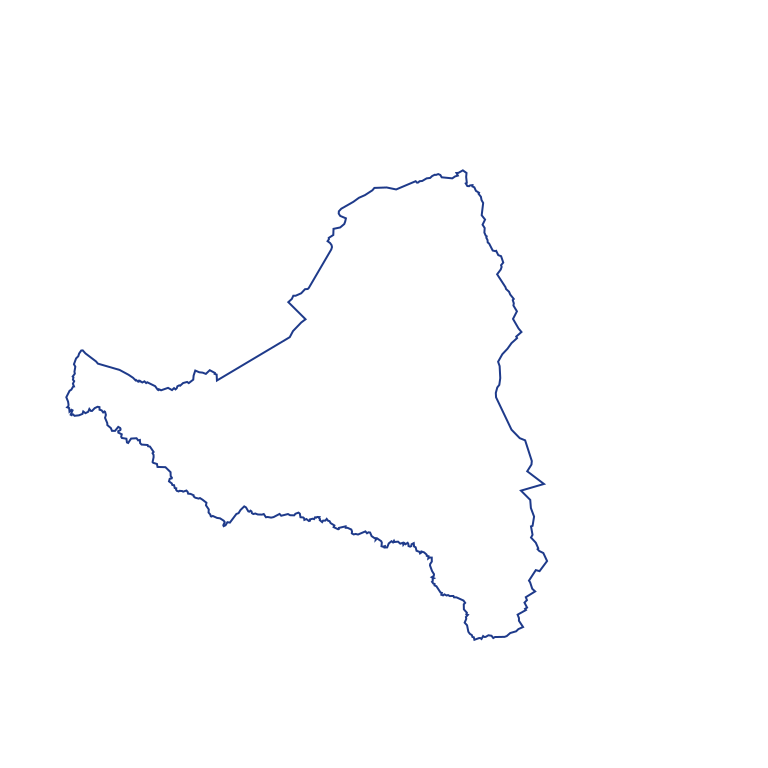 Pueai Noi, Khon Kaen, Thailand, rotated 128°
{"feature_id": "78962969B8052228194876", "entity_name": "Pueai Noi", "entity_type": "district", "adm_level": 2, "iso_a3": "THA", "parent_name": "Thailand", "parent_adm1": "Khon Kaen", "projection": "mercator", "projection_center": [102.886, 15.893], "detail": "fine", "context": "isolated", "style": "outline", "palette": "blue", "viewbox_px": 768, "rotation_deg": 128, "n_neighbors": 0, "source": "geoboundaries", "source_scale": "gbopen_adm2", "svg_char_len": 6166}
<svg xmlns="http://www.w3.org/2000/svg" viewBox="0 0 768 768"><g transform="rotate(128 384 384)"><path d="M175.2,430.5L173.4,433.9L173.9,436.0L172.8,436.7L174.6,438.5L175.7,438.7L176.7,440.2L175.6,443.1L174.5,442.6L170.3,446.7L166.9,448.9L167.1,453.4L171.9,455.4L173.1,456.8L174.3,454.1L176.7,455.8L179.9,456.8L185.6,465.8L184.6,468.3L185.2,470.5L187.3,471.8L187.8,472.8L190.5,474.1L193.2,474.5L195.7,477.0L200.5,478.9L202.3,480.8L204.1,481.1L205.0,481.9L204.7,483.9L223.2,494.2L227.5,502.9L235.4,512.3L238.5,512.4L246.9,515.3L252.7,518.4L259.3,520.3L272.2,525.6L275.7,525.9L277.6,524.6L278.5,522.0L276.9,516.0L279.9,514.6L282.4,513.8L287.6,514.9L292.8,519.3L297.8,515.7L302.9,517.5L303.9,516.5L306.2,516.4L306.1,513.3L306.8,510.9L308.1,509.3L310.4,508.4L354.6,502.4L356.1,502.6L357.9,504.6L363.5,505.1L368.9,508.0L370.3,509.8L373.7,509.0L378.4,509.8L381.3,485.7L386.5,487.1L398.3,488.3L405.1,487.1L484.1,517.8L479.6,521.7L480.3,523.7L479.4,524.1L480.4,529.8L485.7,530.6L486.7,533.9L488.5,536.8L489.6,541.0L494.6,539.2L498.0,537.0L503.5,538.4L503.6,540.4L506.9,542.9L510.9,543.6L511.1,544.5L513.0,545.4L515.0,544.7L516.6,545.0L516.5,546.9L519.3,547.3L520.0,551.8L526.2,555.8L526.5,557.5L527.4,557.8L527.1,558.6L527.8,558.9L526.6,563.0L528.4,571.6L529.7,572.0L529.4,574.4L531.6,575.4L531.8,578.2L532.3,578.1L532.4,579.2L533.5,579.2L533.5,581.9L534.1,582.0L533.6,585.5L534.0,591.0L535.7,601.0L544.1,622.0L543.5,624.8L543.7,638.1L543.0,642.1L544.0,643.2L547.7,643.0L550.4,642.0L553.4,642.4L559.3,640.5L560.4,637.9L564.9,635.5L566.2,634.0L569.8,633.9L570.0,632.8L572.1,631.8L572.5,629.9L575.3,629.3L576.8,626.8L577.4,627.4L581.0,626.9L582.9,627.6L590.0,626.2L592.4,622.1L594.5,619.9L595.7,619.1L597.4,619.3L596.8,617.3L599.4,614.8L596.7,614.4L596.5,613.2L601.1,612.0L600.9,611.0L599.9,611.2L599.4,610.4L599.6,608.3L596.5,605.1L593.2,603.2L590.8,604.1L590.8,601.3L588.0,600.0L585.1,600.8L585.7,598.5L585.0,597.5L581.1,597.1L578.3,595.7L577.4,594.0L579.4,592.3L578.6,590.3L579.3,587.8L577.7,587.4L577.7,586.6L579.6,584.1L582.4,583.0L585.2,578.0L586.7,576.7L586.9,572.1L588.4,569.5L586.5,567.1L581.4,567.0L581.1,564.8L581.7,563.8L582.7,563.4L584.8,564.4L585.9,563.4L585.1,559.7L587.4,558.6L587.9,557.3L585.7,553.3L588.3,550.6L588.0,549.3L582.7,549.7L579.1,545.6L579.8,543.0L578.4,541.9L580.7,539.8L581.0,537.8L577.6,532.7L578.3,531.6L577.4,529.9L579.4,523.7L581.0,523.8L581.7,522.0L583.5,520.5L588.0,518.3L588.2,517.3L586.8,513.7L588.8,511.4L584.1,505.0L584.9,497.9L587.8,495.5L588.5,493.4L589.1,493.2L590.6,494.5L593.1,493.5L593.0,490.0L593.9,488.6L593.0,487.1L594.8,484.9L594.1,483.5L595.3,482.8L595.7,481.4L595.1,479.7L594.1,479.4L592.6,477.1L592.5,476.0L589.6,474.1L589.9,472.3L591.0,470.8L589.7,468.8L588.9,465.5L589.8,464.7L589.8,462.7L588.4,459.5L587.2,458.8L586.9,455.8L586.9,450.8L589.2,449.6L590.7,444.9L593.3,443.1L593.8,440.5L594.8,439.2L594.8,438.5L593.4,437.7L592.3,433.1L590.8,430.5L590.4,426.1L590.9,424.5L594.2,423.7L594.7,422.8L592.9,421.9L589.3,422.3L588.1,420.1L577.3,420.3L575.3,419.1L571.6,419.5L566.5,418.8L566.2,416.8L567.9,412.5L567.5,411.5L566.0,411.2L566.0,409.9L567.1,408.6L566.9,406.9L565.3,405.7L564.5,403.1L562.0,399.7L560.5,398.7L561.7,395.0L560.4,393.8L558.8,390.7L556.9,389.1L550.7,386.3L551.1,383.9L545.6,379.6L545.2,377.2L542.8,373.9L540.8,373.9L538.0,372.2L538.0,370.5L540.4,367.8L538.9,365.5L539.0,364.3L540.1,363.1L538.2,362.0L538.2,358.8L537.3,358.2L536.3,359.0L534.0,357.2L533.5,355.9L531.4,356.2L531.0,355.1L529.9,354.8L528.6,352.9L529.6,352.6L529.9,351.2L530.8,350.8L530.9,347.7L529.2,347.9L527.7,346.1L525.6,346.1L526.2,343.8L525.6,342.5L526.5,340.4L526.0,336.0L527.8,335.6L526.7,330.7L526.1,330.3L525.1,330.9L519.8,326.6L520.9,325.7L519.8,324.2L518.8,320.2L519.8,318.5L521.5,317.4L521.2,315.3L519.6,314.0L518.6,311.8L511.6,307.9L512.1,305.5L510.4,304.9L509.6,303.5L511.5,300.1L511.3,296.8L510.5,295.5L512.0,294.6L509.9,294.4L509.6,289.4L510.3,288.1L513.4,286.1L512.9,284.7L511.2,283.5L511.7,283.1L512.5,283.7L512.7,283.1L510.8,280.9L506.7,282.1L503.3,281.3L503.3,279.4L501.4,279.6L502.0,278.4L499.6,275.9L499.8,272.9L497.4,271.3L498.8,269.8L496.8,269.8L497.0,268.4L494.6,267.6L495.1,266.3L496.6,264.9L496.1,263.3L494.9,262.7L493.3,263.6L491.1,262.6L493.5,260.3L493.2,258.5L495.4,255.7L494.4,252.6L495.3,251.3L493.8,250.8L492.9,251.3L492.0,248.8L492.2,245.4L493.1,244.5L492.3,242.9L494.2,241.7L492.7,241.3L491.4,239.5L494.5,237.0L497.4,236.8L498.7,236.0L501.8,231.0L503.1,227.5L504.6,226.6L506.8,227.4L506.3,225.1L507.6,225.7L509.2,224.3L510.3,224.4L510.9,222.2L510.4,221.1L511.6,220.2L511.1,218.2L513.5,211.1L513.0,209.8L514.8,209.1L514.2,207.3L512.6,206.9L512.1,204.4L510.9,203.6L510.6,201.6L508.3,198.8L509.0,197.5L507.5,195.5L505.7,188.1L506.5,185.3L508.5,185.5L512.4,182.3L513.2,177.9L514.8,177.3L514.3,175.8L517.2,176.0L518.4,174.6L522.4,173.5L523.0,170.0L527.3,165.0L528.0,162.6L527.8,160.1L528.9,158.6L528.3,157.3L529.9,155.3L525.6,152.6L524.9,151.6L524.9,150.2L521.6,150.7L521.6,149.3L520.7,148.2L517.7,147.0L516.2,144.3L516.9,141.5L515.1,140.8L509.0,133.3L507.1,132.1L502.5,131.2L497.5,127.6L494.4,127.2L489.9,124.8L487.5,131.9L485.4,133.5L483.5,136.7L474.7,133.0L474.3,134.4L472.1,133.6L469.8,138.7L466.3,138.3L464.7,141.0L454.4,137.2L454.1,141.1L450.3,146.8L449.7,148.7L437.2,149.8L435.7,146.2L423.1,146.5L419.1,154.4L420.0,158.8L419.6,161.3L418.5,161.3L415.6,166.7L414.5,173.6L411.4,174.1L405.7,180.5L404.3,179.6L396.1,184.1L391.3,191.9L385.3,197.4L383.7,210.4L364.3,196.4L364.6,217.4L356.7,218.2L353.7,220.1L341.5,238.1L343.1,243.7L341.5,255.4L325.5,287.5L322.2,290.4L317.0,292.6L313.7,292.6L307.8,296.0L298.7,303.9L296.2,307.8L287.7,309.1L280.2,308.4L273.3,308.7L265.9,307.4L265.2,309.0L258.4,307.7L257.4,312.2L253.3,322.4L244.9,324.0L242.5,330.3L240.5,331.4L238.6,334.2L237.1,334.1L235.8,339.6L234.3,342.3L234.0,346.3L232.9,347.9L227.9,362.4L221.9,362.5L219.3,363.4L218.3,364.9L214.9,364.8L211.2,370.4L212.1,373.3L210.0,377.6L210.8,378.1L211.9,380.5L208.6,387.6L208.6,389.4L206.8,391.1L205.8,393.4L204.4,394.0L204.5,395.1L202.9,398.1L199.1,400.7L197.8,404.4L192.2,405.6L190.9,410.9L180.3,417.3L179.0,420.4L176.8,422.9L175.9,426.6L174.8,426.8L175.2,430.5Z" fill="none" stroke="#1e3a8a" stroke-width="2"/></g></svg>